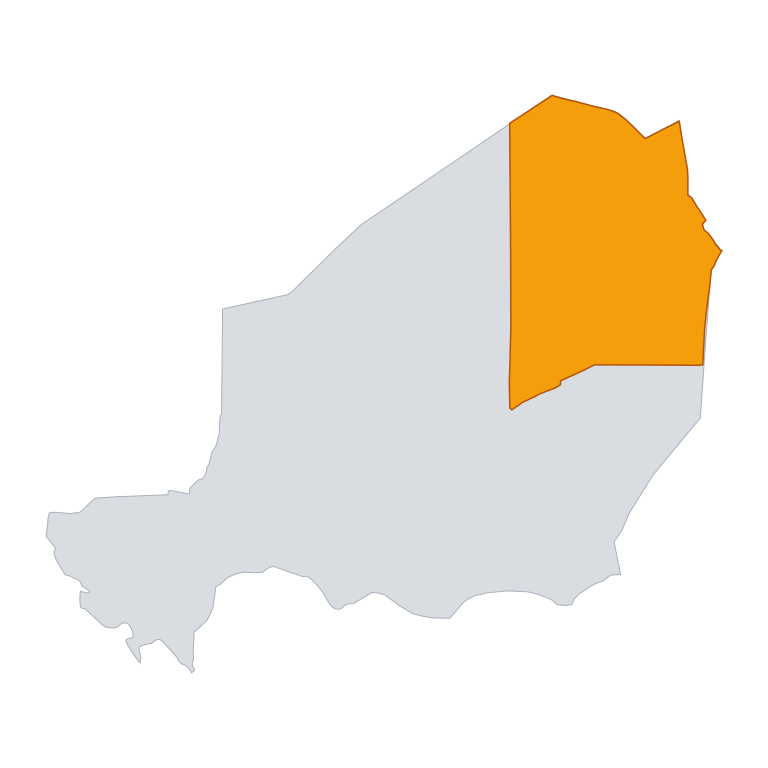 Bilma, Agadez, Niger shown in context
{"feature_id": "23599985B30294266740058", "entity_name": "Bilma", "entity_type": "district", "adm_level": 2, "iso_a3": "NER", "parent_name": "Niger", "parent_adm1": "Agadez", "projection": "robinson", "projection_center": [13.432, 20.296], "detail": "fine", "context": "in_parent", "style": "filled", "palette": "amber", "viewbox_px": 768, "rotation_deg": 0, "n_neighbors": 0, "source": "geoboundaries", "source_scale": "gbopen_adm2", "svg_char_len": 4180}
<svg xmlns="http://www.w3.org/2000/svg" viewBox="0 0 768 768"><path d="M620.7,574.7L613.1,574.8L608.6,576.3L603.1,581.1L596.9,583.0L589.3,587.1L584.5,590.5L580.0,593.1L573.8,599.6L571.8,604.5L565.6,605.5L557.0,604.7L551.5,599.7L538.9,594.5L530.6,592.4L526.8,591.8L507.4,590.9L486.7,592.9L476.2,595.4L474.3,595.9L468.3,599.0L463.3,602.5L449.8,618.3L432.1,617.8L421.7,616.0L412.8,613.6L400.2,606.2L384.8,594.9L378.9,593.3L373.5,592.4L371.7,592.6L353.2,603.8L349.7,603.6L345.3,604.9L342.4,607.7L340.3,609.1L338.1,609.3L335.2,608.7L332.3,607.0L329.5,603.8L322.0,591.3L320.4,589.1L317.2,585.4L311.8,579.6L308.1,576.9L305.9,576.2L303.2,576.7L288.4,571.7L273.6,566.4L270.4,567.1L268.0,568.2L262.9,572.1L256.8,572.8L249.2,572.5L245.0,572.0L238.2,573.3L233.7,574.8L227.7,577.4L220.0,584.6L217.8,585.5L215.9,586.7L213.2,606.4L211.0,612.3L207.1,620.1L199.4,627.5L194.1,632.0L193.9,638.1L193.4,648.1L193.2,654.9L193.6,659.4L192.7,661.5L192.3,663.4L192.5,666.4L193.8,667.7L194.5,669.5L194.0,671.0L191.5,672.8L188.8,668.3L185.3,665.2L181.5,663.8L178.9,661.5L177.6,658.3L172.6,652.2L161.1,640.0L159.9,639.7L157.9,639.2L154.6,640.7L152.6,642.7L151.2,643.4L149.0,643.6L143.5,645.1L139.0,647.1L138.9,648.7L140.9,658.0L139.9,663.0L137.9,660.6L131.6,651.3L127.3,644.4L126.5,642.8L125.9,640.4L126.4,639.4L128.1,638.7L132.2,637.8L133.0,637.1L133.2,635.2L132.6,631.6L130.4,626.8L128.1,623.7L126.8,623.1L124.4,622.9L121.7,623.4L116.8,627.3L114.6,628.0L109.5,627.7L104.9,626.9L102.2,624.9L94.1,617.2L85.1,609.0L81.3,607.9L80.4,607.0L79.9,600.8L80.1,593.2L80.7,591.3L84.4,592.4L88.5,593.0L89.8,591.6L86.6,588.9L82.0,586.2L80.3,582.1L79.0,580.7L76.9,579.2L74.6,578.5L72.2,577.3L70.6,576.1L67.9,575.6L65.0,574.7L61.0,568.1L57.1,561.6L54.8,556.5L54.0,553.4L55.3,548.2L54.1,546.2L49.7,540.9L46.1,535.9L47.1,528.3L47.9,522.0L48.0,518.0L48.6,515.7L49.1,513.1L51.6,512.3L57.9,512.4L70.1,513.6L79.9,512.2L80.4,512.0L87.4,505.2L95.2,498.1L106.7,497.4L119.1,496.6L128.8,496.3L143.1,495.7L154.5,495.3L167.9,494.7L168.3,491.4L169.1,490.6L170.4,490.5L180.2,492.3L189.3,494.0L190.1,487.8L198.3,480.0L202.9,478.4L204.0,477.1L205.5,474.5L206.5,470.4L206.9,467.6L208.6,465.2L209.9,460.8L211.7,453.1L216.3,445.0L219.1,434.1L219.6,423.5L220.2,415.5L221.6,413.8L221.7,399.6L221.8,385.2L222.0,373.1L222.1,358.0L222.2,344.7L222.4,330.4L222.5,317.5L222.6,309.0L231.9,306.9L241.5,304.8L255.5,301.7L270.7,298.4L287.3,294.7L291.1,292.5L303.6,280.2L309.3,274.6L320.6,263.5L329.3,255.0L340.4,244.1L352.1,233.2L361.5,224.4L376.1,214.5L398.1,199.6L420.1,184.7L442.1,169.8L464.1,154.9L486.0,140.0L507.9,125.1L529.8,110.1L551.6,95.2L573.5,100.9L594.4,106.3L615.4,111.7L620.3,114.7L631.4,125.3L645.7,138.9L646.3,139.1L647.0,139.2L660.7,131.2L678.5,120.7L683.2,148.9L686.8,173.2L687.1,188.6L687.2,192.7L688.7,195.4L692.0,198.1L705.3,220.5L702.5,224.3L704.5,231.3L708.0,234.2L719.1,247.6L720.5,250.2L719.9,252.3L712.2,267.9L710.9,271.8L709.4,291.8L708.4,305.8L706.9,325.2L705.2,348.3L703.8,367.9L702.0,393.7L700.3,418.1L689.1,431.5L669.3,455.4L653.2,474.7L645.1,487.7L629.3,513.0L622.3,529.4L616.8,538.0L614.0,541.6L616.4,553.7L620.7,574.7Z" fill="#d9dde1" stroke="#a8b0b8" stroke-width="1"/><path d="M509.9,364.5L509.3,381.5L509.8,407.9L511.8,409.9L513.4,408.8L517.6,405.7L518.8,405.3L521.3,403.1L524.1,401.6L526.5,400.5L528.5,399.6L532.0,397.8L535.4,396.4L538.5,394.4L540.5,393.6L542.7,392.8L546.9,391.1L551.0,389.6L552.7,389.1L556.5,387.3L560.5,384.7L560.6,380.8L584.7,369.8L590.2,366.9L594.8,364.8L689.4,365.2L697.7,365.3L702.8,364.9L704.6,328.9L706.2,313.2L708.0,298.2L709.5,288.5L711.3,269.9L713.9,266.2L716.3,260.6L719.6,254.4L721.9,250.7L719.6,249.4L717.9,246.8L715.9,244.8L712.1,238.4L708.7,233.8L704.2,230.1L702.5,225.1L702.6,224.1L703.3,222.6L705.4,221.2L705.9,220.4L701.8,213.8L696.0,205.2L691.6,197.7L687.9,195.2L687.9,177.8L687.5,169.5L684.8,154.2L681.2,133.7L679.3,121.2L663.8,128.9L645.1,138.6L632.7,126.2L625.3,119.1L617.1,113.0L611.3,110.6L606.1,109.1L599.2,107.6L593.3,106.3L585.7,104.2L579.8,102.7L576.6,101.5L571.5,100.7L566.7,99.5L562.0,98.4L555.7,96.6L552.3,95.4L547.8,98.3L534.7,106.9L526.5,112.3L509.7,123.3L510.6,250.5L510.8,313.8L510.8,329.1L509.9,364.5Z" fill="#f59e0b" stroke="#b45309" stroke-width="1.5"/></svg>